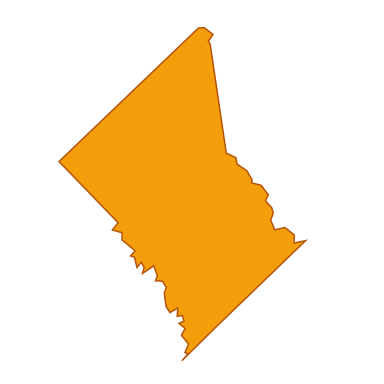 the district of Foard, Texas, United States of America, rotated 46°
{"feature_id": "52423323B82900100133763", "entity_name": "Foard", "entity_type": "district", "adm_level": 2, "iso_a3": "USA", "parent_name": "United States of America", "parent_adm1": "Texas", "projection": "natural_earth1", "projection_center": [-99.685, 33.988], "detail": "fine", "context": "isolated", "style": "filled", "palette": "amber", "viewbox_px": 384, "rotation_deg": 46, "n_neighbors": 0, "source": "geoboundaries", "source_scale": "gbopen_adm2", "svg_char_len": 829}
<svg xmlns="http://www.w3.org/2000/svg" viewBox="0 0 384 384"><g transform="rotate(46 192 192)"><path d="M98.4,266.5L162.7,266.5L164.0,275.7L172.7,270.6L177.8,275.6L194.8,273.8L195.3,280.6L198.9,278.7L208.1,284.0L207.3,277.2L213.1,279.0L216.2,284.1L218.5,270.8L228.1,275.0L230.5,279.9L235.7,275.1L243.0,276.9L245.3,282.0L256.3,290.2L263.5,291.6L265.5,282.8L271.2,289.0L274.2,284.8L279.4,287.4L277.5,292.6L285.4,291.8L287.7,299.1L299.1,300.2L302.6,308.6L305.8,307.5L306.3,316.5L305.8,267.4L305.9,144.1L299.6,154.0L293.9,148.3L282.1,149.8L276.7,158.7L266.9,154.9L263.6,148.2L258.8,145.6L249.2,145.2L247.1,139.1L235.2,137.6L226.9,142.7L225.0,140.3L214.8,137.8L203.2,140.2L197.8,136.6L187.8,140.3L98.1,76.1L94.8,75.5L93.3,67.5L82.4,69.0L78.5,73.4L77.7,266.5L98.4,266.5Z" fill="#f59e0b" stroke="#b45309" stroke-width="1.5"/></g></svg>